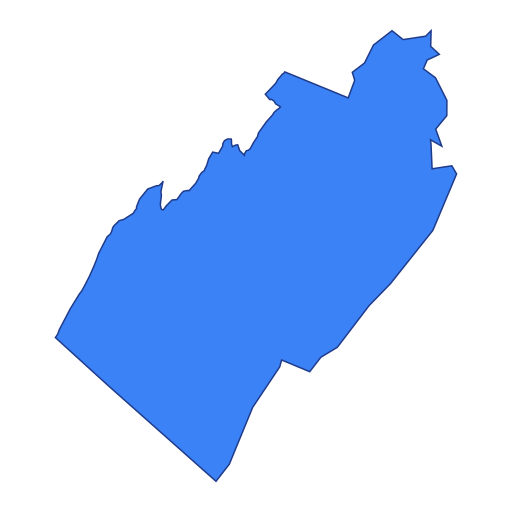 the district of Shenandoah, Virginia, United States of America
{"feature_id": "52423323B4371856905255", "entity_name": "Shenandoah", "entity_type": "district", "adm_level": 2, "iso_a3": "USA", "parent_name": "United States of America", "parent_adm1": "Virginia", "projection": "albers", "projection_center": [-78.605, 38.853], "detail": "fine", "context": "isolated", "style": "filled", "palette": "blue", "viewbox_px": 512, "rotation_deg": 0, "n_neighbors": 0, "source": "geoboundaries", "source_scale": "gbopen_adm2", "svg_char_len": 1657}
<svg xmlns="http://www.w3.org/2000/svg" viewBox="0 0 512 512"><path d="M390.5,283.6L432.9,230.3L456.6,173.9L451.8,165.8L432.1,168.8L431.0,143.8L430.5,139.8L441.8,146.2L435.7,129.1L446.8,115.6L446.9,100.4L435.5,77.8L423.4,68.8L427.2,60.0L439.3,54.3L430.7,46.4L431.1,30.7L425.6,36.2L403.1,39.6L392.0,30.7L373.5,45.0L364.5,63.0L352.3,72.3L354.7,80.3L348.2,97.9L284.8,71.9L283.8,73.3L282.3,74.2L277.7,79.7L276.0,82.9L273.7,85.5L265.3,94.2L269.6,99.4L270.1,99.7L271.4,99.3L274.0,101.0L275.6,103.8L280.4,106.8L279.1,108.4L277.3,109.5L274.1,112.4L272.5,115.0L266.4,121.8L259.3,131.7L258.2,133.7L257.6,136.4L253.5,142.6L250.3,148.6L248.4,150.2L246.3,150.8L244.6,153.5L244.4,155.3L239.7,150.6L237.7,144.8L235.5,145.1L232.4,146.7L231.5,143.7L231.5,140.2L231.2,139.0L227.5,139.0L224.7,140.5L223.8,141.7L222.7,144.1L222.7,146.1L218.5,153.3L212.7,152.1L208.7,158.8L206.8,165.1L204.0,170.9L201.8,172.4L199.1,176.1L198.6,178.3L195.8,183.2L188.9,190.8L188.0,190.4L183.4,191.3L181.1,193.7L176.9,199.6L172.0,200.0L166.2,205.9L163.7,209.4L163.0,209.9L161.9,209.6L161.1,208.4L160.3,204.8L161.4,195.4L161.2,193.7L161.1,193.2L160.9,192.1L161.3,189.7L163.1,181.1L162.1,182.7L159.3,185.3L158.1,185.8L156.6,185.7L147.7,189.0L139.5,199.2L136.5,206.8L136.6,208.5L134.7,210.8L133.4,213.2L123.7,219.4L119.2,220.7L114.4,225.3L113.0,227.1L111.5,231.7L110.4,234.0L107.2,236.7L98.7,253.3L96.7,259.3L93.8,266.5L89.5,276.1L85.2,284.6L81.6,291.1L79.5,293.8L70.3,308.7L59.3,329.7L57.8,334.0L55.4,337.6L108.3,385.7L216.0,481.3L229.3,464.2L252.7,407.3L279.7,366.9L281.6,360.0L309.7,371.7L320.9,357.2L337.3,347.3L369.1,305.6L390.5,283.6Z" fill="#3b82f6" stroke="#1e3a8a" stroke-width="1.5"/></svg>